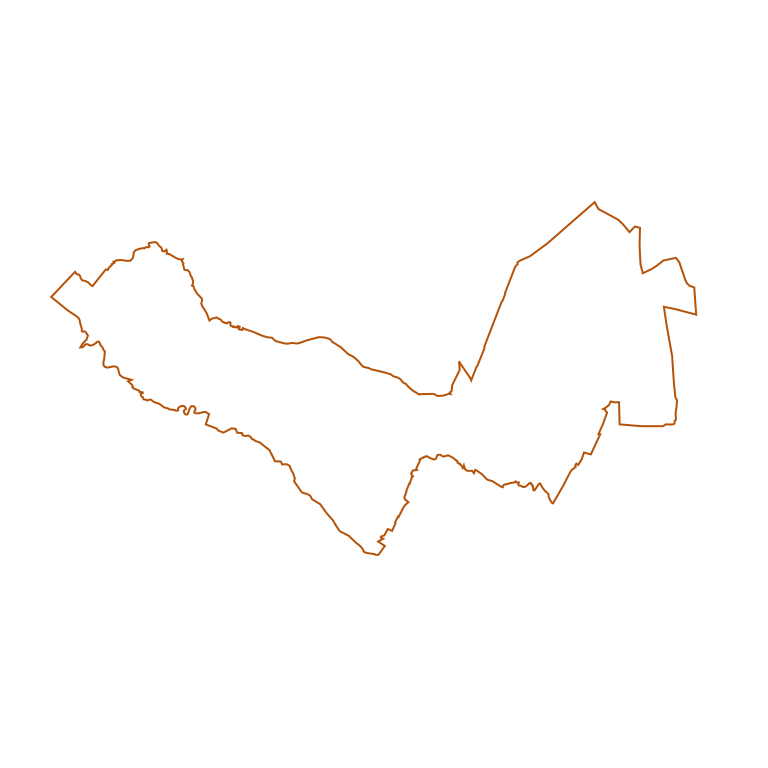 outline of Ozumba, México, Mexico, rotated 83°
{"feature_id": "50627088B81799122508207", "entity_name": "Ozumba", "entity_type": "district", "adm_level": 2, "iso_a3": "MEX", "parent_name": "Mexico", "parent_adm1": "México", "projection": "albers", "projection_center": [-98.81, 19.016], "detail": "fine", "context": "isolated", "style": "outline", "palette": "amber", "viewbox_px": 768, "rotation_deg": 83, "n_neighbors": 0, "source": "geoboundaries", "source_scale": "gbopen_adm2", "svg_char_len": 6144}
<svg xmlns="http://www.w3.org/2000/svg" viewBox="0 0 768 768"><g transform="rotate(83 384 384)"><path d="M353.2,65.7L326.0,64.3L323.7,68.8L321.2,70.9L318.2,72.1L299.0,76.1L294.4,78.9L295.5,91.6L300.1,99.3L301.2,101.6L302.6,104.6L305.6,113.6L296.8,114.8L293.0,114.6L277.2,113.4L260.2,110.9L258.3,115.8L263.2,121.8L254.7,127.3L249.5,131.5L236.6,149.7L229.2,152.8L264.3,204.6L275.0,223.6L278.2,234.3L279.6,236.7L281.5,236.8L282.9,238.9L284.0,239.7L308.5,252.8L308.9,252.6L309.5,252.8L313.3,254.8L316.2,256.4L316.5,257.1L359.2,279.9L360.3,279.8L362.2,280.7L376.8,288.8L378.6,290.3L391.0,297.0L388.7,297.6L371.7,306.4L370.5,306.7L379.3,307.2L393.5,316.5L399.4,317.8L400.4,319.6L402.1,319.1L401.5,320.9L402.4,324.0L402.7,326.6L402.6,331.2L402.1,332.9L400.6,334.8L399.8,336.5L398.6,348.1L398.6,350.5L393.7,356.6L390.4,359.6L386.6,362.3L384.7,364.9L380.6,367.7L379.3,369.6L377.4,373.9L375.1,376.2L372.8,381.5L367.8,395.0L366.4,397.0L364.5,402.3L362.2,404.2L358.4,406.5L354.4,410.0L353.0,411.4L350.0,415.9L342.3,422.3L335.9,430.2L333.1,432.0L332.3,433.1L330.5,437.6L329.6,442.9L331.3,455.4L333.0,462.9L333.2,465.1L332.0,470.8L332.3,474.6L331.5,478.2L328.3,485.9L327.4,487.1L324.4,489.5L323.6,493.4L321.4,498.7L316.2,507.7L312.6,515.3L311.3,517.2L313.1,518.0L312.1,521.2L309.6,520.3L308.7,521.9L310.2,522.6L309.0,524.7L309.5,525.2L309.0,527.0L308.3,527.0L308.2,527.8L307.1,529.3L304.5,528.9L303.9,529.3L303.7,530.9L304.7,532.2L303.8,535.1L303.1,535.4L302.7,536.7L300.0,538.4L298.7,540.8L297.6,541.8L298.1,546.7L299.8,549.5L291.7,551.5L284.6,554.9L282.6,555.4L281.7,555.5L278.6,554.3L276.8,554.5L271.4,558.6L266.3,560.7L263.5,561.3L263.1,562.6L262.8,562.7L262.4,562.1L261.3,561.5L258.1,560.9L256.6,561.5L254.9,561.6L253.4,562.6L249.2,563.3L247.0,565.1L246.8,567.0L246.1,568.2L240.7,568.9L240.0,568.4L239.3,568.4L238.4,569.3L237.7,569.6L236.9,569.5L235.6,568.6L235.8,570.3L234.9,573.0L232.8,576.2L228.8,581.2L228.1,583.8L225.9,583.3L224.2,583.6L225.6,586.0L225.0,587.9L221.9,588.2L218.6,591.0L216.8,591.8L215.8,592.7L215.2,594.1L215.5,600.2L216.6,600.5L218.8,599.9L219.6,600.7L219.2,603.7L220.1,605.3L219.8,605.7L219.9,609.3L220.7,613.5L221.7,615.3L223.2,616.6L224.3,616.6L228.2,617.9L230.8,620.7L230.1,626.1L229.5,627.2L228.7,631.3L228.8,633.7L228.5,634.7L229.7,636.4L229.7,637.5L231.0,637.0L231.8,639.6L232.7,639.6L234.9,642.8L237.1,644.2L236.3,646.1L251.3,661.4L250.2,662.9L246.9,665.4L245.5,667.7L244.2,671.0L242.4,672.0L239.8,672.5L238.2,673.5L237.5,675.6L235.0,677.0L257.1,703.7L272.7,688.6L279.6,680.6L281.6,679.0L283.6,678.3L287.1,678.1L292.2,677.2L294.8,677.5L295.2,677.0L295.3,674.8L296.2,673.7L299.9,672.0L304.1,674.1L305.0,675.8L306.0,676.4L306.6,677.7L310.7,680.9L310.8,678.8L310.2,677.6L308.6,676.0L308.2,674.7L308.3,673.6L310.0,671.1L310.0,668.5L308.0,664.5L307.5,664.1L307.1,662.8L307.3,661.7L308.9,661.1L310.6,660.8L313.9,658.6L315.8,658.4L317.6,657.1L324.1,658.4L328.8,660.0L331.5,660.0L333.0,658.9L333.8,657.3L334.0,655.9L333.5,650.6L334.2,647.7L335.0,646.8L336.5,646.0L338.3,646.0L343.0,645.1L345.8,642.1L349.1,634.1L350.2,637.7L353.9,634.3L355.2,633.7L356.0,633.7L356.5,634.2L358.1,632.8L360.8,627.8L362.0,627.8L362.8,624.6L363.5,624.5L364.1,626.6L366.2,626.5L366.9,626.2L367.9,624.9L369.9,624.5L370.8,621.7L371.5,621.2L370.9,618.2L371.2,617.2L373.9,614.5L376.2,609.5L380.5,605.0L381.9,601.4L383.0,600.3L384.2,595.0L385.3,593.6L385.2,592.2L384.8,591.4L383.1,591.4L381.7,589.8L381.1,587.5L381.4,585.5L382.6,584.2L384.1,583.5L384.7,583.7L385.5,585.3L386.7,586.1L389.1,585.5L390.3,584.2L390.1,582.7L388.9,581.9L385.0,580.1L382.5,578.0L382.9,575.5L384.5,574.3L385.9,574.2L386.7,574.3L388.4,575.7L389.1,575.8L389.6,575.5L390.1,574.6L390.5,571.6L389.8,565.3L390.1,564.3L392.7,561.3L402.4,565.8L407.9,555.4L409.8,554.4L412.7,549.3L409.4,540.6L410.5,536.8L414.4,535.7L415.5,530.8L417.6,530.6L418.8,527.8L418.6,524.8L420.5,522.7L422.7,521.7L423.1,520.5L425.2,518.1L426.8,514.5L435.9,505.6L447.4,501.6L448.3,496.1L448.9,495.6L451.3,495.0L451.8,490.3L453.7,487.7L459.1,486.2L461.9,485.0L465.3,484.3L467.0,484.0L468.7,484.8L469.5,484.7L469.8,485.0L481.5,478.8L482.7,476.6L483.6,474.0L485.7,471.0L489.6,469.4L495.5,462.0L505.4,456.6L512.9,451.4L518.7,448.9L524.8,445.8L530.4,437.4L537.4,431.8L542.1,427.2L544.8,425.5L548.5,424.1L549.8,421.2L551.6,414.4L552.7,412.7L552.8,410.3L544.9,402.9L539.6,409.0L537.5,403.7L536.0,405.8L535.5,405.9L534.6,404.2L534.4,402.2L528.4,397.9L530.8,393.9L523.5,389.5L522.6,389.9L517.2,386.1L517.6,385.6L509.7,380.3L507.0,378.1L504.2,374.2L501.1,377.3L498.7,377.5L493.7,374.9L492.8,374.9L485.8,371.0L485.9,370.5L479.6,367.6L479.2,366.5L476.5,368.1L473.4,366.0L473.4,361.7L471.8,362.3L464.3,357.5L463.2,357.9L461.8,354.5L462.0,353.9L461.0,352.7L461.3,351.5L460.7,350.5L463.3,347.1L464.9,343.8L464.8,341.9L460.8,339.4L461.2,336.5L462.6,335.1L463.3,333.8L462.6,329.0L465.3,325.0L466.3,323.7L468.1,322.3L469.3,320.5L470.8,320.7L471.5,320.2L472.0,319.0L472.6,318.3L473.1,318.5L473.4,317.8L475.3,316.5L476.2,316.1L478.0,316.2L474.6,314.6L478.4,314.0L480.3,311.9L480.9,307.0L483.5,305.6L480.4,303.9L481.4,302.3L485.7,297.5L490.9,293.8L492.0,292.2L493.8,288.0L500.1,280.5L500.9,278.7L499.9,278.4L498.8,277.4L498.6,276.7L498.3,276.0L498.5,274.6L497.8,271.3L497.7,268.2L497.3,266.1L496.8,265.3L497.7,265.0L498.2,262.2L499.9,263.0L501.1,262.5L501.8,260.4L502.8,259.2L503.3,257.6L503.3,256.7L502.7,255.2L500.2,251.8L500.0,251.0L500.3,250.2L501.5,250.1L502.4,249.0L503.2,249.3L503.9,248.6L504.8,248.8L505.8,248.4L507.2,248.8L507.8,248.5L507.9,247.5L502.3,242.7L501.7,241.7L501.9,241.0L506.0,239.5L509.6,237.3L513.1,234.3L515.9,234.2L519.1,233.4L522.4,231.8L523.1,230.8L506.5,218.3L494.8,210.4L492.2,208.2L489.7,203.8L488.5,204.3L486.5,202.8L488.0,201.2L485.1,198.8L482.8,197.0L476.4,193.8L479.1,187.3L460.2,175.5L459.9,177.2L450.3,171.5L439.5,166.0L437.8,167.4L436.3,167.7L435.5,169.4L434.6,166.8L432.1,163.0L429.0,161.2L430.4,156.9L430.7,152.9L452.8,155.1L457.2,133.8L459.9,112.1L458.4,109.2L459.3,103.3L459.1,101.1L457.6,100.1L456.0,100.0L455.3,99.0L453.7,98.3L449.7,98.4L441.4,96.2L435.6,95.2L433.0,96.4L419.6,96.2L391.3,94.6L360.6,96.3L341.5,96.8L345.2,85.7L353.2,65.7Z" fill="none" stroke="#b45309" stroke-width="2"/></g></svg>